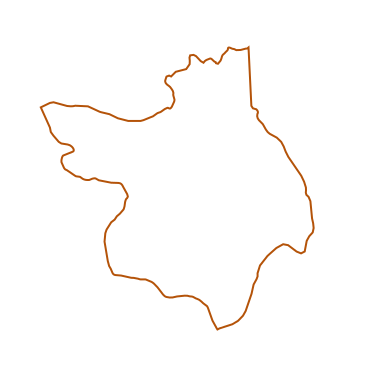 SVG path tracing the border of Môndól Kiri, rotated 337°
{"feature_id": "KHM-1794", "entity_name": "Môndól Kiri", "entity_type": "Province", "adm_level": 1, "iso_a3": "KHM", "parent_name": "Cambodia", "parent_adm1": "", "projection": "robinson", "projection_center": [106.924, 12.744], "detail": "fine", "context": "isolated", "style": "outline", "palette": "amber", "viewbox_px": 384, "rotation_deg": 337, "n_neighbors": 0, "source": "natural_earth", "source_scale": "10m", "svg_char_len": 3346}
<svg xmlns="http://www.w3.org/2000/svg" viewBox="0 0 384 384"><g transform="rotate(337 192 192)"><path d="M294.4,197.4L298.9,219.7L299.2,226.3L298.6,232.4L297.6,235.0L296.5,237.1L296.2,239.3L297.4,242.0L297.4,246.7L292.2,263.2L291.3,268.1L289.9,272.7L287.3,276.4L282.7,278.5L278.5,281.8L272.5,290.8L268.4,291.1L265.0,287.7L259.7,278.5L255.5,275.7L247.8,276.5L239.2,279.4L236.4,280.4L225.9,286.2L220.6,292.4L219.4,295.3L217.3,297.5L212.6,301.2L207.0,309.0L194.9,322.5L190.6,325.8L184.0,328.6L177.5,329.5L163.9,328.3L161.8,328.5L161.7,328.5L161.5,327.3L160.6,318.4L161.4,304.9L161.3,303.1L158.8,298.7L157.9,296.6L156.6,294.2L155.2,292.6L154.0,291.5L152.2,289.2L151.6,288.6L150.9,288.1L149.2,287.2L147.2,285.7L144.8,284.6L137.4,282.3L133.0,281.5L130.2,280.4L127.4,278.6L126.6,277.8L126.1,277.0L125.3,275.1L123.0,266.2L121.1,261.3L120.3,259.9L119.6,258.9L115.3,254.5L114.8,254.2L114.2,253.9L111.7,252.9L110.6,252.4L109.8,251.9L108.4,250.7L104.8,248.3L102.5,247.2L94.1,241.2L89.0,238.5L88.1,237.8L87.5,236.8L87.3,236.1L87.2,235.3L87.2,230.9L86.8,227.8L87.5,222.7L92.1,203.5L96.1,196.1L98.7,193.2L105.8,188.3L110.0,187.2L113.3,185.0L117.1,183.8L122.2,181.3L123.1,180.3L124.3,178.8L126.5,175.1L127.7,173.6L128.7,172.7L129.8,172.3L130.3,171.9L130.8,171.5L131.2,171.0L131.5,168.6L130.7,161.0L130.5,158.6L130.1,157.2L129.7,156.5L129.1,155.8L127.8,154.9L121.3,151.9L110.8,144.8L108.6,141.9L108.0,141.5L107.4,141.2L106.0,140.9L105.3,140.8L102.3,140.8L101.6,140.6L101.1,140.4L99.2,139.5L97.7,138.4L96.5,137.1L95.2,134.9L94.8,134.3L94.2,133.9L92.0,132.6L91.5,132.3L91.1,131.9L90.6,131.2L85.2,122.8L84.3,121.9L83.9,121.1L83.6,119.8L83.5,114.4L83.5,113.6L83.9,112.5L84.5,111.3L85.9,109.4L86.9,108.5L87.7,108.1L97.9,108.3L98.6,108.2L99.1,107.9L99.5,107.3L99.7,106.6L99.7,105.5L99.5,104.6L99.3,103.9L99.0,103.2L98.7,102.6L97.8,101.2L96.1,99.7L90.7,96.3L88.9,93.7L86.5,86.1L85.5,81.8L85.6,81.0L86.4,77.2L85.9,55.0L96.0,54.5L99.6,55.3L110.6,64.0L113.8,65.7L115.9,66.5L118.3,67.0L129.7,72.5L138.4,82.1L139.6,83.1L146.4,88.1L152.6,95.2L161.1,101.7L172.5,106.5L175.4,106.9L182.8,107.0L185.6,107.1L191.0,105.9L193.0,106.0L193.7,106.1L194.9,106.0L199.4,105.0L202.1,104.9L202.7,105.1L203.1,105.5L203.5,106.0L204.0,106.4L204.6,106.6L205.6,106.3L206.8,105.6L210.6,102.1L211.4,101.2L211.7,100.6L212.0,100.0L212.5,96.1L212.7,95.2L213.3,94.1L213.6,93.4L213.7,92.7L213.8,91.9L213.8,91.1L213.6,90.0L213.6,89.8L212.9,86.8L212.6,86.2L212.0,85.0L211.3,83.9L210.8,82.8L210.4,81.5L210.4,80.7L210.5,79.9L210.7,79.3L211.1,78.7L213.4,76.0L213.7,75.8L214.3,75.8L216.4,75.9L217.9,77.5L224.0,75.0L234.7,76.6L239.8,73.4L241.2,70.4L242.2,67.3L243.7,65.5L247.0,66.4L248.8,68.5L251.2,75.0L253.1,77.5L254.9,76.5L256.8,76.1L260.9,76.2L261.9,77.0L263.6,80.8L264.5,81.7L264.4,82.8L266.0,84.1L269.5,82.3L270.3,81.6L271.4,80.4L272.4,79.1L273.2,78.3L273.6,78.0L274.2,77.7L276.3,77.0L277.5,76.4L279.6,75.6L280.3,75.2L280.8,74.7L281.3,73.7L281.8,73.4L282.4,73.4L283.3,74.0L285.1,75.9L286.5,76.8L287.2,77.5L287.9,78.4L288.4,78.8L289.0,79.0L290.8,79.7L291.5,80.0L292.5,80.3L297.4,81.0L298.9,81.5L300.5,81.0L298.2,87.3L280.3,135.9L280.8,138.8L283.5,141.0L284.0,142.5L284.0,143.8L283.6,144.9L282.7,145.7L281.6,147.7L281.3,149.9L281.7,152.1L283.7,157.2L284.4,163.4L285.1,166.4L286.3,168.8L291.3,175.1L293.7,180.7L294.2,186.0L294.0,191.4L294.4,197.4Z" fill="none" stroke="#b45309" stroke-width="2"/></g></svg>